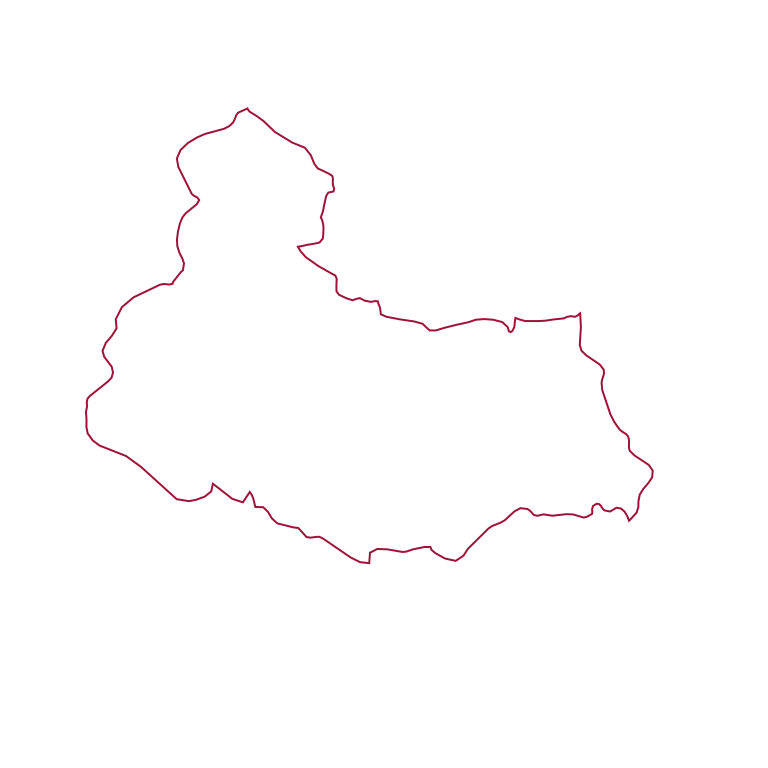 outline of Eastern, rotated 115°
{"feature_id": "RWA-3493", "entity_name": "Eastern", "entity_type": "Province", "adm_level": 1, "iso_a3": "RWA", "parent_name": "Rwanda", "parent_adm1": "", "projection": "mercator", "projection_center": [30.365, -1.745], "detail": "fine", "context": "isolated", "style": "outline", "palette": "rose", "viewbox_px": 768, "rotation_deg": 115, "n_neighbors": 0, "source": "natural_earth", "source_scale": "10m", "svg_char_len": 3358}
<svg xmlns="http://www.w3.org/2000/svg" viewBox="0 0 768 768"><g transform="rotate(115 384 384)"><path d="M381.0,618.4L368.0,615.3L366.0,614.3L359.3,616.2L355.3,620.0L353.6,622.2L351.7,624.7L346.4,629.6L340.5,632.7L332.7,635.2L324.8,636.8L318.2,637.1L313.1,635.9L300.2,629.7L295.4,629.2L293.9,632.0L293.7,635.9L292.8,638.8L274.2,662.1L267.2,667.0L258.0,667.3L248.5,663.6L239.9,657.9L233.1,652.0L220.3,636.8L215.3,633.0L210.6,631.3L206.6,631.2L203.1,631.5L199.9,631.0L192.7,624.8L192.0,624.2L192.9,623.0L193.5,621.9L194.0,620.8L194.9,612.9L196.4,605.2L196.6,604.4L196.8,603.8L201.7,589.4L204.0,569.2L203.3,555.5L207.7,546.9L213.9,540.2L216.6,535.2L216.6,530.4L216.7,522.9L217.2,518.9L219.0,517.3L223.0,515.6L225.6,514.2L227.7,511.9L230.7,511.1L232.2,512.9L234.1,515.4L237.6,515.8L240.2,515.5L241.3,515.1L242.7,514.8L245.1,514.3L247.9,513.7L250.2,513.0L253.9,512.2L257.3,511.9L258.5,511.8L259.9,511.6L260.9,510.0L263.3,507.9L266.2,505.8L268.6,504.6L273.0,502.7L278.0,500.9L283.1,502.3L287.4,508.0L290.2,512.3L293.3,516.2L296.0,520.0L298.8,516.0L302.1,508.5L304.8,493.7L306.0,478.8L306.3,474.0L308.5,471.4L314.5,468.9L320.1,466.2L322.1,462.7L322.2,454.6L321.4,447.9L318.9,445.4L316.4,442.3L316.6,436.6L315.1,430.6L312.3,426.6L311.7,424.4L313.4,423.2L316.3,420.1L319.8,417.7L322.2,416.3L322.0,410.0L318.8,397.3L314.6,383.2L313.1,374.5L314.7,369.9L316.1,365.2L313.6,359.7L307.8,353.3L299.7,343.3L292.3,333.6L286.9,327.9L282.8,320.6L279.6,312.2L277.9,303.0L280.1,296.0L283.4,293.1L283.5,291.2L281.3,290.0L277.2,290.0L272.3,291.7L268.6,292.8L268.3,289.0L267.3,282.7L265.5,278.8L261.9,271.0L258.3,264.3L253.7,257.4L248.5,248.7L245.8,246.5L243.6,243.4L242.3,239.2L239.9,237.4L238.7,237.0L237.0,236.1L249.2,229.6L266.0,223.0L270.5,218.9L272.6,212.6L275.2,196.6L278.1,191.0L281.3,189.1L284.6,188.5L287.9,188.2L291.0,187.3L297.3,183.6L315.7,166.1L321.1,159.2L325.5,151.7L326.3,149.0L327.2,143.1L328.4,140.6L329.8,139.4L331.3,138.2L338.2,135.1L340.7,133.0L342.9,126.8L345.5,109.7L349.0,103.8L355.3,101.5L362.1,102.6L369.2,104.6L376.1,105.5L382.6,103.9L388.0,101.5L393.6,100.7L399.9,102.6L404.4,104.1L401.1,107.5L398.0,112.0L396.7,116.6L398.0,121.1L404.0,125.2L405.4,130.8L404.5,133.3L403.0,135.6L401.9,138.1L402.6,140.6L406.2,143.0L409.5,142.5L412.1,141.0L413.9,140.6L418.9,144.2L420.7,146.8L422.3,157.5L424.8,163.5L432.3,175.9L434.7,184.3L438.6,189.3L439.4,192.7L439.0,194.0L438.1,195.8L437.1,198.2L436.7,201.3L438.9,207.9L444.2,211.9L456.4,216.9L460.7,220.0L466.9,225.9L470.7,228.2L497.9,238.3L506.0,239.4L514.0,244.3L516.4,255.1L515.6,265.8L514.3,270.7L512.1,273.1L514.6,278.4L521.4,287.6L526.5,293.0L528.4,296.2L532.4,311.0L536.3,320.3L542.8,325.4L552.6,321.7L555.6,330.4L555.3,341.0L549.9,373.6L549.8,378.0L550.8,380.1L554.4,385.8L555.4,389.6L550.7,400.9L552.2,405.3L555.4,421.8L553.2,428.8L549.0,435.0L546.7,441.3L549.8,448.7L543.1,454.0L540.6,456.7L538.6,460.0L550.9,461.9L552.2,472.9L546.7,496.9L554.4,495.2L561.9,498.9L568.2,505.2L572.6,511.2L576.0,523.2L561.8,569.2L558.3,587.3L560.0,615.6L558.3,624.0L554.0,631.7L548.6,635.6L541.7,638.7L535.3,642.3L529.6,643.7L526.6,645.5L522.8,646.5L519.5,645.7L497.9,635.0L493.5,633.6L488.2,634.4L483.4,638.1L477.5,649.2L472.9,653.1L464.3,653.5L455.3,651.0L446.6,649.9L438.6,654.5L425.0,654.0L411.3,647.6L388.9,629.2L386.5,626.0L384.4,620.2L382.4,617.9L381.0,618.4Z" fill="none" stroke="#9f1239" stroke-width="2"/></g></svg>